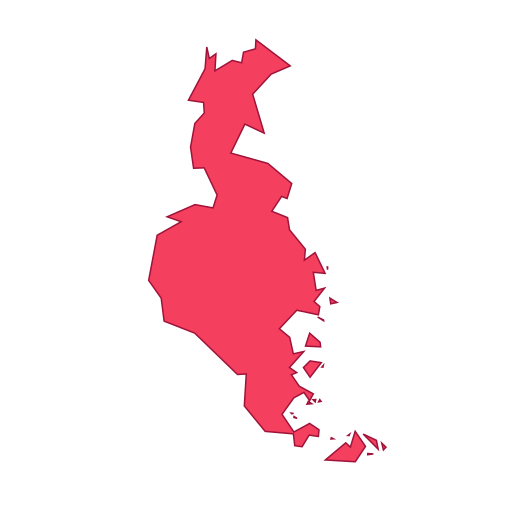 the district of Pesawaran, Lampung, Indonesia, rotated 354°
{"feature_id": "22746128B94381737455512", "entity_name": "Pesawaran", "entity_type": "district", "adm_level": 2, "iso_a3": "IDN", "parent_name": "Indonesia", "parent_adm1": "Lampung", "projection": "natural_earth1", "projection_center": [105.16, -5.482], "detail": "medium", "context": "isolated", "style": "filled", "palette": "rose", "viewbox_px": 512, "rotation_deg": 354, "n_neighbors": 0, "source": "geoboundaries", "source_scale": "gbopen_adm2", "svg_char_len": 1973}
<svg xmlns="http://www.w3.org/2000/svg" viewBox="0 0 512 512"><g transform="rotate(354 256 256)"><path d="M299.1,187.7L277.5,165.2L241.7,151.0L258.7,123.7L277.0,134.7L269.6,94.7L290.1,76.7L309.9,70.5L278.5,41.0L277.1,49.9L264.9,52.0L261.9,62.3L252.8,59.0L234.5,67.6L237.3,50.7L230.2,54.7L228.9,43.0L224.9,64.5L205.1,94.0L219.9,97.8L219.5,108.4L209.0,117.8L202.3,140.9L203.1,162.2L213.7,162.9L223.7,191.3L218.3,203.7L200.7,198.5L171.7,207.7L185.1,214.1L159.9,225.0L146.7,269.0L157.3,288.0L157.8,311.2L187.0,326.3L225.2,371.9L234.0,372.3L228.7,403.9L246.8,431.4L274.6,436.8L274.7,448.7L281.9,450.5L290.1,439.7L299.2,442.0L300.5,435.4L291.8,428.1L275.3,435.0L265.3,416.2L278.9,400.9L289.4,396.7L294.2,405.5L298.6,399.1L285.4,390.0L278.8,377.8L284.3,376.2L277.6,370.4L293.5,356.0L282.9,357.2L281.0,340.4L271.6,330.8L290.9,314.2L311.9,321.0L314.2,313.0L309.0,307.3L320.8,295.1L312.2,296.5L311.3,278.2L322.9,280.5L315.1,258.8L303.7,265.2L305.8,254.4L292.1,233.5L291.4,221.1L276.4,213.2L287.7,199.4L292.9,202.1L299.1,187.7ZM345.0,456.8L336.3,440.7L329.9,455.9L325.7,451.2L303.6,466.1L333.2,471.0L345.0,456.8ZM298.8,366.0L291.5,371.9L297.1,382.2L309.8,368.9L298.8,366.0ZM301.3,338.4L295.8,350.8L310.8,353.1L310.7,348.5L301.3,338.4ZM356.5,451.9L344.0,444.3L357.3,460.9L356.5,451.9ZM331.7,310.7L325.1,305.6L325.3,311.4L331.7,310.7ZM362.4,462.2L365.3,459.7L361.5,455.2L362.4,462.2ZM296.0,408.7L292.8,406.1L291.2,408.7L296.0,408.7ZM352.0,465.1L346.5,464.1L346.3,465.3L352.0,465.1ZM279.9,421.8L277.1,419.6L276.8,420.5L279.9,421.8ZM316.5,326.7L310.9,323.1L316.5,327.5L316.5,326.7ZM313.9,445.9L311.9,444.6L311.4,445.8L313.9,445.9ZM305.5,407.4L304.4,405.5L303.0,407.6L305.5,407.4ZM300.4,405.0L297.7,404.9L299.6,407.3L300.4,405.0ZM276.9,416.4L274.6,416.0L275.2,416.7L276.9,416.4ZM325.7,277.1L326.1,274.4L325.7,274.3L325.7,277.1ZM311.5,371.8L309.9,373.3L311.0,373.5L311.5,371.8ZM330.5,443.0L328.7,444.1L329.8,444.3L330.5,443.0Z" fill="#f43f5e" stroke="#9f1239" stroke-width="1.5"/></g></svg>